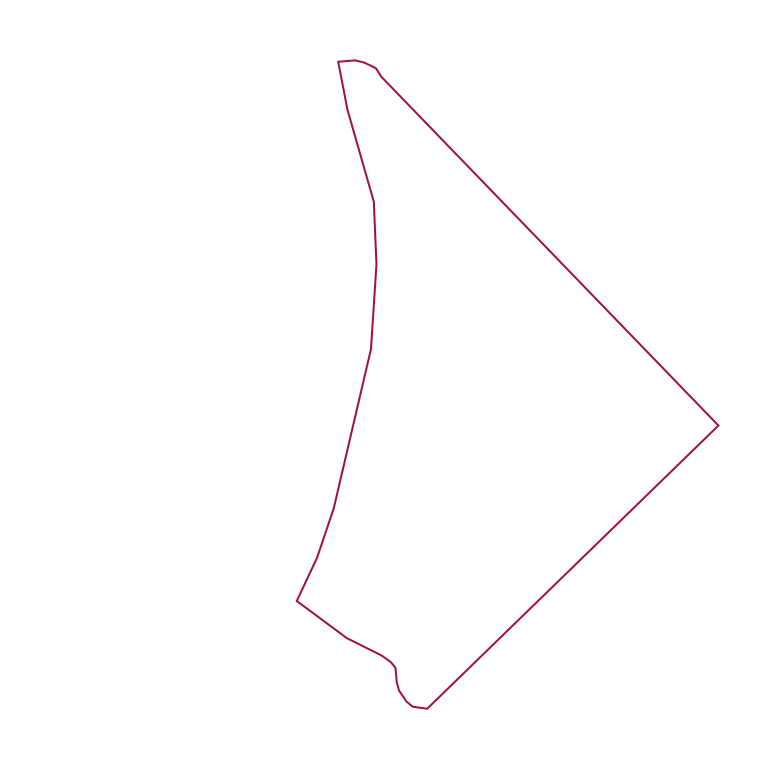 outline of Maekel, rotated 226°
{"feature_id": "ERI-1561", "entity_name": "Maekel", "entity_type": "Region", "adm_level": 1, "iso_a3": "ERI", "parent_name": "Eritrea", "parent_adm1": "", "projection": "albers", "projection_center": [39.01, 15.365], "detail": "fine", "context": "isolated", "style": "outline", "palette": "rose", "viewbox_px": 768, "rotation_deg": 226, "n_neighbors": 0, "source": "natural_earth", "source_scale": "10m", "svg_char_len": 442}
<svg xmlns="http://www.w3.org/2000/svg" viewBox="0 0 768 768"><g transform="rotate(226 384 384)"><path d="M121.8,595.7L120.4,189.5L131.9,180.5L139.9,179.6L153.1,181.9L160.6,186.0L171.9,195.1L179.4,195.7L190.5,193.6L227.0,180.7L288.5,170.5L305.5,215.1L329.3,261.2L418.1,398.8L475.3,461.7L522.2,503.3L606.8,548.3L647.6,574.9L637.0,587.9L629.1,593.0L616.9,597.5L606.7,595.5L121.8,595.7Z" fill="none" stroke="#9f1239" stroke-width="2"/></g></svg>